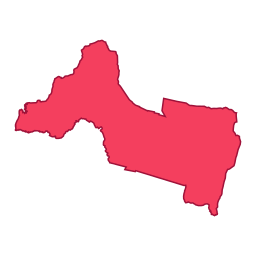 La Candelaria, Salta, Argentina
{"feature_id": "61730980B21173322628341", "entity_name": "La Candelaria", "entity_type": "district", "adm_level": 2, "iso_a3": "ARG", "parent_name": "Argentina", "parent_adm1": "Salta", "projection": "natural_earth1", "projection_center": [-65.359, -26.083], "detail": "fine", "context": "isolated", "style": "filled", "palette": "rose", "viewbox_px": 256, "rotation_deg": 0, "n_neighbors": 0, "source": "geoboundaries", "source_scale": "gbopen_adm2", "svg_char_len": 5676}
<svg xmlns="http://www.w3.org/2000/svg" viewBox="0 0 256 256"><path d="M217.7,213.8L217.1,213.0L217.0,211.4L216.3,208.6L217.6,207.0L217.5,204.0L217.9,202.0L219.0,199.3L219.7,198.5L220.2,196.6L221.5,194.9L221.9,193.6L222.2,189.8L223.1,186.4L223.4,184.8L224.1,181.7L225.3,178.1L225.7,173.5L227.6,169.4L228.7,169.3L229.9,168.7L234.0,165.7L234.9,162.6L235.8,157.7L236.6,155.7L238.1,149.6L240.2,144.4L240.6,141.6L239.5,138.3L239.4,136.4L237.5,135.3L235.9,135.5L235.0,133.3L233.2,131.0L233.3,128.8L233.7,125.2L234.6,122.8L235.5,122.2L236.8,121.9L236.2,116.0L236.2,113.6L236.5,112.9L234.5,112.5L232.7,110.5L231.4,109.6L229.1,109.5L226.8,107.8L225.4,107.4L224.7,107.8L223.5,108.0L222.8,108.8L222.2,108.5L220.5,108.1L218.7,108.2L216.8,108.5L213.6,108.4L211.1,108.7L208.7,107.3L206.9,107.6L204.4,106.3L196.7,106.2L191.6,105.5L190.0,105.5L189.0,105.1L186.2,103.1L176.9,101.4L163.7,98.4L162.0,110.7L165.2,116.5L158.9,114.7L159.0,113.8L154.4,112.9L154.4,111.9L147.8,110.6L147.6,110.9L139.4,107.0L139.5,106.6L135.5,105.2L132.8,103.0L132.3,102.1L129.4,99.8L120.3,86.2L119.5,85.3L118.5,84.4L118.2,83.4L118.5,82.1L118.3,81.0L117.6,79.7L117.8,78.3L118.6,76.0L118.9,74.5L118.9,72.6L119.2,70.8L118.2,68.7L118.1,65.7L117.3,64.4L117.6,62.6L117.4,55.8L116.1,53.5L116.0,52.0L115.3,51.5L110.7,51.1L109.4,50.4L108.5,49.2L108.4,48.4L107.5,47.4L107.7,46.3L106.8,45.5L106.6,44.5L105.9,43.3L105.7,42.1L104.3,41.8L102.4,40.5L101.7,40.4L99.6,41.0L98.3,40.9L94.9,42.7L91.9,43.7L90.1,44.0L89.7,45.4L89.0,45.7L88.0,46.1L86.9,46.0L86.1,46.5L85.4,46.1L84.5,46.7L83.8,48.2L83.2,49.0L81.5,50.1L81.5,50.7L82.4,53.3L82.6,54.7L82.0,55.8L82.7,57.1L82.1,58.0L81.5,59.5L80.0,61.0L79.6,62.7L78.6,64.8L78.2,66.0L77.1,67.7L74.2,69.2L73.8,70.1L74.0,71.7L73.7,73.5L72.5,74.5L71.0,74.6L67.7,76.0L66.0,76.0L64.9,76.3L64.5,77.0L63.4,77.6L62.7,78.2L61.6,78.3L61.2,77.5L60.5,77.7L59.8,76.8L58.7,76.5L57.9,76.8L55.9,78.2L54.8,78.8L54.6,79.9L54.1,81.0L54.0,82.1L53.4,83.0L52.9,84.6L53.0,86.4L52.1,89.0L51.9,90.1L51.9,91.4L51.4,93.2L50.4,94.6L49.3,95.1L49.0,96.6L48.0,98.7L47.2,99.4L46.5,100.5L45.7,101.2L43.6,101.5L42.5,101.5L41.6,101.8L40.3,101.7L39.9,100.4L38.3,100.3L37.5,100.6L36.8,102.2L36.2,102.7L30.4,103.0L29.4,102.7L27.0,103.0L26.9,103.5L27.3,104.1L27.0,104.5L26.6,104.4L26.4,103.5L26.1,103.5L25.7,104.0L26.1,104.6L25.8,104.8L24.8,104.8L24.6,105.1L24.8,105.5L25.6,105.8L26.1,106.8L26.1,107.2L25.8,107.3L25.0,106.3L24.7,106.9L25.4,107.6L25.4,108.1L26.0,108.7L25.8,108.9L25.4,108.6L25.1,108.6L24.6,108.9L24.5,109.3L25.4,109.9L25.8,110.7L26.2,110.8L26.2,111.0L25.4,111.2L25.5,111.6L27.1,111.3L27.1,111.5L26.9,111.7L25.9,112.1L25.8,112.4L26.2,112.8L26.1,113.1L25.9,113.1L25.1,112.7L24.5,112.7L24.4,113.1L23.6,112.2L22.8,112.5L22.8,111.5L22.6,111.2L22.8,110.8L22.2,110.0L21.8,109.9L21.5,109.4L21.4,109.4L21.2,109.9L20.8,110.1L20.0,109.9L19.4,110.5L19.2,111.5L19.2,114.1L19.4,114.8L19.4,115.5L19.0,116.2L18.4,118.3L17.8,119.6L17.2,120.4L16.1,122.9L15.5,124.8L15.7,125.5L15.4,126.0L15.8,126.8L15.7,127.1L15.9,129.0L15.4,129.9L15.5,130.3L16.3,130.5L17.3,130.0L18.2,130.2L18.7,129.8L19.0,129.7L19.1,130.1L19.2,129.7L19.8,130.0L20.4,129.6L22.2,130.5L22.4,130.9L22.8,131.0L23.5,130.8L23.9,131.0L24.2,131.4L24.8,131.5L25.6,131.1L25.7,131.9L26.8,131.9L28.0,132.6L28.6,132.0L29.0,132.7L29.5,132.3L30.2,132.3L30.7,131.9L32.0,132.0L33.0,131.4L33.7,131.3L34.1,130.8L34.5,130.6L35.2,130.9L35.8,130.6L36.6,130.8L38.0,130.8L38.9,131.3L39.4,131.0L39.6,131.1L39.7,131.8L39.9,132.0L40.7,131.7L41.8,132.1L42.4,131.8L42.6,131.8L42.8,132.5L43.2,132.7L44.7,132.4L45.5,131.6L46.1,130.9L46.6,131.2L47.3,131.1L47.6,131.4L47.9,132.3L48.1,132.5L49.0,132.4L49.9,133.7L50.0,134.2L49.5,135.5L52.1,136.7L53.2,136.8L55.2,136.2L55.5,136.3L55.6,136.7L55.3,137.3L55.4,137.5L56.1,138.3L56.5,138.4L58.4,138.4L61.3,137.9L63.4,136.1L64.0,134.2L65.5,132.9L65.6,132.3L66.0,131.6L66.4,131.4L67.5,131.5L68.8,129.8L69.5,129.8L69.7,130.0L70.3,130.1L71.5,129.1L72.3,128.9L73.1,127.5L73.2,126.9L73.9,126.0L74.3,125.0L74.9,124.4L74.5,123.3L74.5,123.1L74.8,122.9L75.3,122.9L76.1,122.2L76.0,120.8L76.6,120.7L77.6,121.6L78.1,121.8L78.6,121.3L78.8,120.2L79.0,119.8L79.6,119.6L80.4,118.7L81.3,118.2L81.6,118.2L82.0,118.7L83.0,118.8L83.8,118.6L84.7,119.1L85.8,119.0L86.5,120.3L87.7,120.8L87.9,121.1L89.4,122.1L89.7,122.0L89.7,121.5L90.2,121.2L90.6,121.1L92.0,121.8L93.7,123.0L94.2,124.1L94.3,124.7L95.1,126.1L95.3,126.8L96.1,127.7L97.5,127.2L97.9,127.5L98.5,128.5L99.2,128.2L100.6,127.0L101.2,126.9L101.8,127.4L102.2,128.6L101.8,129.3L100.7,130.0L100.5,130.4L100.6,130.8L101.0,131.3L102.3,132.2L103.2,134.2L104.1,137.2L104.7,138.3L104.8,139.0L104.7,140.0L103.8,141.2L103.5,142.0L103.4,144.8L103.7,145.3L104.9,145.7L105.0,146.0L104.8,146.6L104.8,147.1L106.1,148.6L106.2,149.0L106.3,149.6L105.4,150.7L105.5,151.3L106.5,152.3L107.7,152.8L107.8,153.0L107.7,153.7L107.3,153.8L107.1,154.1L107.1,154.6L107.3,155.4L107.5,155.7L107.8,155.9L108.2,155.8L109.0,156.3L109.2,157.4L108.3,158.5L108.1,159.0L108.4,160.5L109.4,161.7L109.7,162.4L109.7,162.7L126.2,167.0L124.8,169.6L135.3,171.6L135.8,170.7L184.1,185.5L185.7,185.3L185.9,186.9L185.3,189.2L184.6,190.8L184.6,191.7L184.0,193.6L183.6,196.2L183.7,198.9L184.4,199.8L184.5,200.9L185.6,202.7L186.9,202.6L188.3,202.0L190.9,203.1L192.3,202.9L193.2,203.1L193.9,203.7L194.7,204.0L195.6,204.8L198.5,205.6L201.1,205.6L202.9,205.3L203.8,205.0L204.2,204.4L205.7,204.0L207.3,203.8L209.0,204.8L209.0,206.5L208.7,207.7L209.2,209.3L209.9,210.1L209.9,210.4L210.1,210.6L209.9,211.0L210.8,211.2L210.8,211.6L210.4,211.8L211.3,213.0L211.4,214.4L212.0,214.5L212.4,214.3L213.3,215.0L214.6,215.6L214.9,215.3L215.3,215.2L215.6,214.7L216.2,214.9L216.4,214.7L217.2,214.4L217.3,213.8L217.4,213.6L217.7,213.8Z" fill="#f43f5e" stroke="#9f1239" stroke-width="1.5"/></svg>